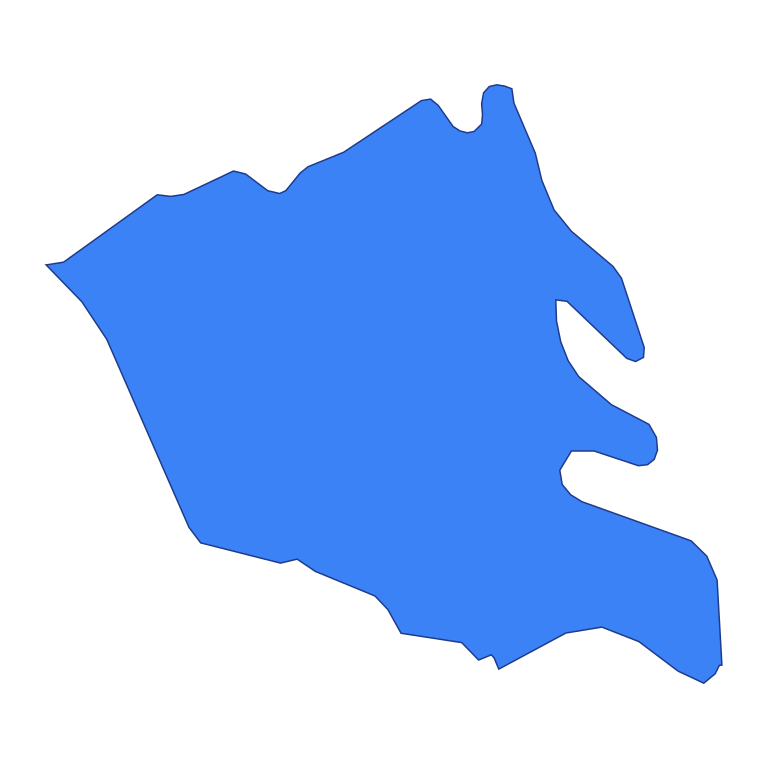 Ragusa, Equal Earth projection
{"feature_id": "ITA-5415", "entity_name": "Ragusa", "entity_type": "Province", "adm_level": 1, "iso_a3": "ITA", "parent_name": "Italy", "parent_adm1": "", "projection": "equal_earth", "projection_center": [14.765, 36.912], "detail": "fine", "context": "isolated", "style": "filled", "palette": "blue", "viewbox_px": 768, "rotation_deg": 0, "n_neighbors": 0, "source": "natural_earth", "source_scale": "10m", "svg_char_len": 1143}
<svg xmlns="http://www.w3.org/2000/svg" viewBox="0 0 768 768"><path d="M721.9,665.1L719.4,665.3L715.2,673.7L703.8,683.2L678.2,671.2L638.9,641.6L601.8,627.1L565.9,633.0L498.8,669.1L494.1,657.9L491.4,654.8L478.6,660.0L461.7,642.6L401.1,633.3L387.9,609.6L375.0,596.0L315.3,571.4L297.1,559.1L280.5,563.1L200.7,542.9L189.0,527.4L106.8,339.4L81.8,301.7L46.1,264.9L63.5,262.2L157.2,194.8L170.8,196.4L184.0,194.4L233.5,171.0L245.6,174.0L267.7,190.7L279.6,193.5L285.8,190.7L300.2,173.0L308.1,166.7L343.7,152.2L421.4,100.6L430.6,99.1L438.2,105.4L453.1,126.5L459.9,130.9L467.3,132.8L474.3,131.4L481.7,124.0L482.5,114.5L481.6,103.8L483.6,92.8L489.3,86.5L496.8,84.8L504.7,86.1L511.9,88.8L513.9,103.0L535.3,153.2L541.8,180.3L554.1,210.0L571.4,231.3L613.0,266.4L621.5,278.3L644.2,347.5L643.5,357.4L635.6,361.5L626.8,358.4L567.0,301.3L555.8,299.9L556.5,321.0L560.7,341.7L568.1,360.6L578.6,376.5L611.4,404.7L649.0,424.4L656.4,437.4L657.5,450.1L654.2,459.4L647.5,464.7L638.4,465.7L594.0,451.0L571.4,451.0L559.8,470.2L562.2,484.5L570.7,494.8L581.9,501.7L691.2,540.9L706.8,556.2L717.1,580.1L721.9,665.1Z" fill="#3b82f6" stroke="#1e3a8a" stroke-width="1.5"/></svg>